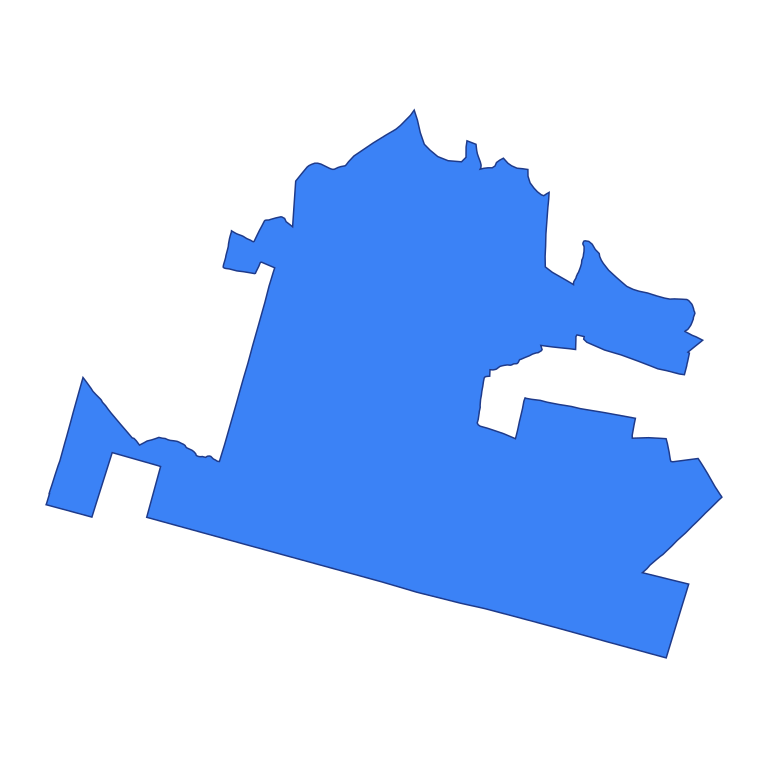 outline of Osica De Jos, Olt, Romania
{"feature_id": "2599482B95058280592658", "entity_name": "Osica De Jos", "entity_type": "district", "adm_level": 2, "iso_a3": "ROU", "parent_name": "Romania", "parent_adm1": "Olt", "projection": "natural_earth1", "projection_center": [24.282, 44.226], "detail": "fine", "context": "isolated", "style": "filled", "palette": "blue", "viewbox_px": 768, "rotation_deg": 0, "n_neighbors": 0, "source": "geoboundaries", "source_scale": "gbopen_adm2", "svg_char_len": 5689}
<svg xmlns="http://www.w3.org/2000/svg" viewBox="0 0 768 768"><path d="M666.2,657.9L676.6,623.6L682.4,604.6L685.6,594.3L688.7,584.1L669.9,579.5L642.4,572.7L646.9,568.7L650.0,565.1L655.7,560.2L660.1,556.5L662.9,554.5L666.8,550.7L672.1,545.7L677.2,540.4L685.6,532.9L692.2,526.2L696.8,521.8L701.0,517.6L705.4,513.1L709.6,509.1L715.5,503.3L718.5,500.3L721.9,497.2L721.6,496.6L720.2,494.6L715.1,486.8L709.9,477.7L707.4,473.3L703.5,466.9L700.6,462.3L698.1,458.5L682.0,460.6L672.7,461.8L670.9,461.4L670.3,459.6L669.6,455.3L669.1,452.0L668.4,448.6L667.4,443.6L666.1,438.7L659.9,438.3L648.5,437.7L632.3,438.2L632.2,435.3L634.1,424.6L635.4,418.3L604.9,412.7L600.8,412.0L585.5,409.5L580.2,408.6L571.5,406.5L564.8,405.4L559.0,404.5L547.1,402.2L540.4,400.4L531.5,399.3L526.5,398.4L525.1,397.9L523.9,401.1L522.5,408.6L520.3,418.0L519.5,421.2L518.1,427.9L517.4,431.0L516.0,436.6L515.4,438.7L503.7,433.7L494.3,430.5L487.4,428.2L480.2,426.2L478.2,424.8L477.2,422.9L478.2,419.5L479.1,413.4L479.3,411.5L479.8,409.3L480.2,407.3L480.1,405.5L480.3,402.9L480.6,399.3L481.4,395.1L481.8,391.6L482.2,389.3L482.7,386.8L483.5,381.3L484.2,377.9L485.3,376.7L487.2,376.4L489.7,376.2L490.0,369.7L493.0,369.9L495.1,369.5L496.4,369.1L498.5,367.5L500.0,366.4L502.1,365.8L504.6,365.3L506.2,365.1L507.0,364.9L510.2,365.2L511.3,365.0L512.5,364.5L513.3,364.0L514.2,363.8L516.3,363.7L516.9,363.6L517.4,363.3L518.2,362.5L519.1,360.7L519.3,360.1L519.7,359.6L520.1,359.5L520.7,359.4L522.5,358.6L525.0,357.5L529.3,355.8L532.5,354.1L536.2,352.9L538.1,352.7L541.4,350.7L542.1,349.6L540.8,345.4L552.1,346.9L561.4,347.9L569.4,348.7L575.6,349.5L575.9,339.2L575.9,336.6L577.0,334.9L584.2,336.6L583.7,339.2L586.9,342.3L600.0,348.0L604.5,350.0L615.6,353.3L621.1,354.9L638.0,361.1L650.0,365.7L657.8,368.8L666.8,370.7L679.4,374.0L684.4,374.7L686.7,365.9L687.1,363.5L687.5,362.1L689.4,353.1L687.9,352.2L695.0,346.4L700.9,341.7L702.7,340.2L696.0,336.8L692.4,335.4L684.9,331.5L685.4,330.7L686.8,330.1L687.7,329.5L688.2,328.9L689.3,327.4L690.8,325.2L691.9,322.7L693.3,319.0L693.4,317.5L694.9,313.4L694.6,312.0L693.9,310.5L693.6,308.8L692.4,305.3L691.8,304.1L689.0,300.9L688.4,300.4L686.8,299.5L681.7,299.2L674.4,298.9L669.9,299.1L664.6,298.1L656.3,295.8L647.6,293.0L639.0,291.2L633.2,289.4L626.8,286.4L621.3,281.7L616.4,277.4L612.8,274.1L608.6,270.2L603.3,263.4L601.3,260.2L599.7,256.5L599.2,253.5L595.3,249.5L592.2,244.2L588.8,241.4L585.2,240.8L583.9,241.1L583.5,241.8L583.0,242.9L582.9,243.5L582.9,244.1L583.2,244.8L583.9,246.1L584.1,247.0L584.1,247.9L584.0,251.4L583.5,254.2L583.3,256.1L583.0,257.3L582.5,258.7L582.0,259.6L581.8,260.3L581.6,262.5L581.5,263.6L581.1,264.9L580.4,267.3L578.5,272.3L578.0,273.1L577.5,273.8L577.2,274.7L576.4,276.3L576.1,277.6L575.7,278.5L574.6,280.3L573.8,281.7L573.5,283.2L573.5,284.6L566.8,280.6L552.3,272.3L545.3,266.9L545.1,256.4L545.6,246.3L545.9,234.1L547.9,207.1L548.3,203.4L548.7,199.0L549.1,192.4L546.6,193.8L543.8,195.7L541.3,194.8L537.3,191.7L533.9,188.0L530.1,182.9L528.0,176.2L527.9,169.5L522.4,168.7L517.0,168.2L511.6,165.8L508.0,163.3L503.4,158.2L499.8,160.1L496.5,162.5L495.0,166.0L492.2,167.8L488.1,167.8L483.8,168.3L480.1,169.2L480.9,167.6L481.1,165.1L480.3,161.9L478.7,157.6L477.4,153.9L476.7,150.5L476.0,144.3L467.0,140.8L466.1,147.0L466.0,157.3L461.5,161.8L448.1,160.7L437.8,156.6L430.1,150.2L424.3,144.3L420.3,132.7L417.4,120.0L414.2,110.1L410.4,115.4L400.3,125.6L395.8,129.3L385.9,135.1L373.1,143.0L353.9,156.0L348.5,161.8L346.2,164.8L345.1,165.8L340.8,166.6L338.0,167.5L334.2,169.3L332.1,169.3L329.5,168.3L321.0,164.1L317.7,163.2L314.8,163.2L311.7,164.3L309.0,165.6L307.2,167.0L301.8,173.5L295.7,181.1L292.6,226.8L287.3,222.6L286.1,221.7L285.3,219.9L284.6,218.4L283.4,217.8L282.0,217.0L280.9,216.8L275.9,217.9L270.3,219.5L268.9,220.0L266.4,220.1L265.2,220.3L264.4,221.0L261.9,225.9L259.6,230.1L256.8,235.8L255.5,238.5L254.1,241.4L253.5,241.7L252.6,241.5L250.5,240.2L248.6,239.4L246.8,238.6L244.7,237.3L243.5,236.5L241.8,235.7L239.9,235.0L238.2,234.4L236.3,233.6L234.5,232.6L232.6,231.5L231.5,230.8L231.3,232.4L231.0,233.2L230.2,235.9L229.5,238.6L229.2,240.2L228.5,244.0L228.3,246.4L227.8,248.5L226.9,251.9L226.0,255.3L225.6,257.6L224.9,260.2L223.6,264.5L223.2,266.4L223.3,267.4L224.4,268.1L226.0,268.5L229.2,268.9L236.9,270.9L243.5,271.7L248.9,272.6L252.4,273.2L254.6,273.6L255.4,273.3L256.3,271.3L257.8,268.3L258.9,266.1L259.6,264.2L260.2,262.8L260.7,262.3L261.6,262.2L274.7,267.8L273.0,273.1L270.5,281.4L269.1,285.9L267.1,293.7L264.8,302.7L263.6,306.9L257.9,327.2L252.6,345.8L250.3,354.4L247.8,363.6L243.7,377.4L239.7,391.5L236.0,404.8L234.1,411.4L224.5,444.9L219.4,461.5L217.5,461.3L215.1,459.8L213.4,459.0L211.8,457.4L210.8,456.4L209.3,456.0L207.5,456.2L206.4,456.8L205.7,457.4L204.1,457.0L202.2,456.5L201.1,456.7L199.1,456.6L197.4,456.1L196.3,455.4L195.6,453.6L193.8,451.6L191.9,450.2L189.5,449.1L186.9,447.9L185.8,446.9L185.1,445.5L183.5,444.3L181.3,443.3L179.2,442.2L177.3,441.4L175.8,441.1L173.1,440.7L170.3,440.4L167.8,439.7L165.2,438.5L162.3,438.2L158.9,437.4L155.3,438.7L151.6,439.9L147.1,441.0L144.1,442.7L139.5,445.1L136.3,440.8L134.0,438.4L132.2,437.9L126.0,430.6L120.4,424.1L110.8,412.7L107.8,408.8L105.6,405.7L102.4,402.2L101.4,400.2L100.3,398.9L95.7,394.3L92.9,391.3L91.2,388.6L88.6,385.0L85.4,380.6L83.0,377.5L73.2,412.4L70.8,421.4L66.6,436.7L64.9,442.6L59.9,460.8L58.2,465.4L54.9,475.5L51.9,485.0L50.1,490.4L49.3,493.0L49.1,493.7L49.5,493.8L46.7,503.1L46.1,504.7L56.5,507.5L91.9,517.1L96.2,503.3L100.1,490.9L112.2,452.6L157.5,465.5L160.6,466.5L146.7,517.3L244.4,544.2L381.5,581.8L417.1,592.3L460.5,603.2L469.0,605.1L478.2,607.1L485.6,608.8L528.5,620.2L554.9,627.3L597.2,639.0L606.8,641.7L651.8,654.0L666.2,657.9Z" fill="#3b82f6" stroke="#1e3a8a" stroke-width="1.5"/></svg>